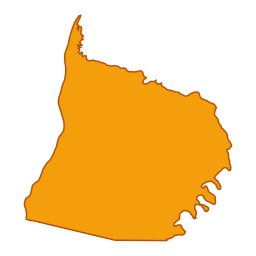 the district of Matias Cardoso, Minas Gerais, Brazil
{"feature_id": "56859067B84292172755302", "entity_name": "Matias Cardoso", "entity_type": "district", "adm_level": 2, "iso_a3": "BRA", "parent_name": "Brazil", "parent_adm1": "Minas Gerais", "projection": "mercator", "projection_center": [-43.736, -14.838], "detail": "fine", "context": "isolated", "style": "filled", "palette": "amber", "viewbox_px": 256, "rotation_deg": 0, "n_neighbors": 0, "source": "geoboundaries", "source_scale": "gbopen_adm2", "svg_char_len": 5159}
<svg xmlns="http://www.w3.org/2000/svg" viewBox="0 0 256 256"><path d="M146.3,77.9L145.5,77.1L143.9,76.4L142.6,72.4L141.7,71.3L140.3,70.9L134.3,72.0L131.7,71.7L128.9,71.8L127.5,70.9L126.3,69.9L125.6,68.4L124.0,68.1L120.7,68.3L119.5,67.5L117.6,66.1L113.8,65.7L111.4,66.3L109.9,65.7L106.6,65.1L105.1,63.7L103.4,62.9L101.7,62.6L100.0,62.3L98.7,61.3L95.8,61.3L94.4,60.5L92.0,60.2L89.7,60.8L88.2,60.7L86.6,59.4L86.2,56.1L85.2,55.6L82.9,56.6L82.3,54.9L82.5,52.8L81.4,52.1L80.2,54.1L79.3,53.1L78.3,52.4L79.5,50.3L79.4,49.1L78.3,48.3L80.7,47.3L78.2,46.3L77.7,44.8L79.6,45.4L81.8,45.3L81.0,43.9L79.6,42.4L80.8,40.6L81.8,39.6L83.1,39.6L82.1,36.9L83.4,35.9L82.2,34.9L80.9,34.4L81.1,30.3L81.7,28.4L81.0,26.9L79.6,26.5L78.7,28.1L78.2,30.0L77.3,28.4L78.6,25.6L76.9,24.1L77.9,22.3L78.8,20.1L80.2,17.4L80.8,15.4L79.0,15.8L77.8,17.4L76.5,19.3L75.6,20.8L75.0,21.8L74.5,22.9L74.0,24.0L73.5,25.4L73.1,26.6L72.6,27.9L72.1,29.2L71.7,30.5L71.3,31.6L70.7,33.5L70.3,35.3L69.9,36.4L69.6,37.7L69.2,39.2L68.9,40.4L68.6,41.7L68.5,43.0L68.3,44.6L67.6,46.3L67.0,47.8L66.4,49.4L65.8,50.9L65.2,52.8L64.8,54.4L64.6,56.0L64.7,58.1L64.8,60.0L64.9,61.3L65.0,62.7L65.3,64.4L65.6,66.2L65.7,67.9L65.8,69.3L65.8,70.7L65.7,72.0L65.6,73.3L65.4,75.2L65.2,76.6L64.9,78.1L64.6,79.8L64.1,81.2L63.3,82.9L62.7,84.5L62.1,86.3L61.6,88.4L61.2,90.2L60.9,91.4L60.6,92.6L60.1,94.3L59.4,96.2L58.9,98.1L58.5,100.0L58.4,102.5L58.8,104.8L59.3,106.8L60.0,108.6L60.7,110.8L61.2,112.4L61.6,114.0L62.2,115.8L62.7,117.7L63.1,119.1L63.5,120.3L63.9,121.8L64.1,125.2L64.1,127.0L64.0,128.2L63.7,129.9L63.2,131.5L62.5,132.6L61.8,133.7L61.0,134.7L60.0,135.7L59.2,137.0L58.6,138.3L57.9,140.3L57.6,142.0L57.2,143.2L56.9,144.6L56.6,146.3L56.1,147.6L55.6,148.7L55.0,149.9L54.5,151.2L53.9,152.5L53.3,154.0L52.7,155.4L51.8,157.2L51.0,158.5L50.3,159.6L49.6,160.5L48.3,161.7L46.9,163.1L46.1,164.2L45.2,165.7L44.2,167.3L43.2,169.0L42.5,170.8L42.1,172.2L41.7,173.4L41.0,174.8L40.5,176.2L40.1,177.5L39.4,179.1L38.6,180.6L37.3,181.6L36.2,182.2L35.0,183.0L33.9,184.1L33.0,184.9L32.4,186.1L32.0,187.5L31.7,189.2L31.4,191.0L30.9,192.6L30.4,194.1L29.9,195.6L28.3,196.8L26.7,197.9L26.0,198.8L25.3,199.8L24.8,201.7L24.5,203.4L24.4,204.6L24.6,205.9L25.1,207.1L25.6,208.5L26.0,210.5L26.4,212.2L26.5,213.5L26.6,215.4L26.3,217.0L26.2,219.0L27.8,219.6L28.8,220.2L33.1,220.7L35.0,221.1L75.9,230.9L108.4,238.6L115.1,240.2L140.8,240.4L151.9,240.5L153.4,240.5L166.8,240.6L166.8,239.5L172.3,237.5L173.8,236.5L174.7,235.5L175.9,235.3L177.6,235.0L179.2,234.7L180.4,234.7L181.6,235.0L182.8,234.9L183.8,234.3L184.8,233.1L185.4,231.7L183.9,230.2L182.5,228.5L181.7,226.8L181.2,225.4L180.0,224.9L178.5,225.0L177.2,225.3L175.5,225.9L174.0,225.9L173.8,224.5L174.6,223.0L175.6,222.0L176.6,221.2L177.9,220.2L179.2,219.3L179.7,217.8L179.5,216.2L179.6,214.5L180.5,213.0L181.9,211.9L183.1,210.9L184.9,210.6L186.8,210.8L188.4,211.5L189.8,212.3L190.9,213.9L191.9,215.2L192.8,216.7L193.5,218.3L194.7,218.7L196.1,217.8L194.9,216.7L195.6,215.3L196.3,214.5L196.3,213.1L196.1,211.5L195.4,210.0L194.8,208.2L194.8,206.0L195.8,204.4L197.1,204.3L198.2,204.6L199.4,205.0L200.7,204.9L199.7,203.5L199.0,201.9L197.9,200.6L196.7,199.4L196.6,197.4L197.6,196.5L198.7,195.5L200.4,194.9L201.8,195.1L203.3,196.1L203.9,197.8L205.1,199.2L206.2,200.6L207.5,201.3L209.0,201.9L210.3,202.4L211.6,203.5L212.7,203.9L213.9,204.2L215.2,203.8L215.6,202.5L215.2,200.8L215.3,199.1L215.1,197.1L214.3,195.5L212.9,194.7L210.9,193.3L209.3,192.3L208.2,190.9L207.8,189.2L207.3,187.7L206.6,186.5L205.4,185.9L204.2,186.7L203.9,188.0L202.5,187.9L201.7,187.0L201.6,185.7L202.6,184.3L203.9,183.7L204.9,183.0L206.2,182.1L208.1,181.6L209.7,181.2L211.5,181.3L213.2,182.4L214.7,183.7L215.6,184.5L216.7,186.0L217.1,187.7L217.9,189.0L219.6,189.5L220.5,188.5L220.7,186.8L219.9,184.8L218.9,183.0L217.8,181.2L216.1,179.8L214.5,178.0L215.3,176.0L216.4,174.8L217.6,173.8L218.4,172.7L219.7,171.8L221.0,170.5L222.0,169.5L223.0,168.4L224.0,167.8L225.7,167.8L227.4,168.4L228.0,169.5L228.8,170.5L230.3,170.3L230.7,169.2L230.8,167.2L230.3,165.3L229.6,163.7L229.6,162.2L229.5,160.4L228.8,158.9L228.6,157.7L228.6,156.3L228.5,154.8L228.1,152.9L226.9,151.0L226.9,149.3L228.3,149.3L229.5,148.5L230.6,147.1L231.6,146.1L231.2,144.2L230.2,142.9L229.8,141.6L228.8,140.5L227.9,139.0L227.4,137.5L227.5,135.7L226.7,133.7L226.0,132.2L225.0,131.4L224.2,130.5L223.3,129.2L221.7,128.2L221.1,126.4L220.3,125.0L219.1,123.6L218.5,121.9L218.2,120.7L217.9,119.2L216.4,117.2L215.0,115.8L214.4,114.2L215.4,108.9L216.5,108.0L215.3,105.7L213.9,104.1L210.3,102.8L208.7,102.0L207.1,100.7L205.5,100.3L204.0,99.6L200.5,97.8L199.7,95.7L198.9,93.0L197.6,92.2L195.5,92.0L194.1,92.3L190.7,93.6L188.3,95.4L186.0,96.2L184.7,96.0L182.2,94.5L180.5,94.1L178.9,92.4L175.6,92.0L172.2,90.7L169.1,90.1L167.5,90.0L164.4,87.5L162.2,86.1L161.1,84.6L161.5,83.2L159.5,83.7L158.0,84.5L157.2,83.2L155.6,82.6L155.9,80.4L153.6,81.7L152.0,81.3L150.0,81.7L147.0,83.9L144.7,84.0L142.7,83.1L143.1,81.3L143.9,79.6L145.1,78.8L146.3,77.9ZM200.7,204.9L202.0,206.6L203.2,207.9L203.9,209.0L204.4,210.2L205.2,211.3L206.5,211.6L207.8,210.8L208.6,209.4L208.6,208.1L207.7,207.0L206.2,206.4L205.2,205.9L203.9,204.9L202.0,204.7L200.7,204.9Z" fill="#f59e0b" stroke="#b45309" stroke-width="1.5"/></svg>